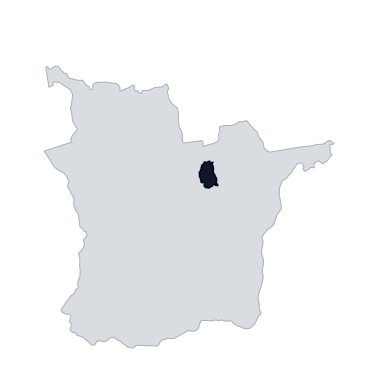 Ilebo, Kasaï-Occidental, Democratic Republic of the Congo (highlighted), rotated 171°
{"feature_id": "63176286B19501088760626", "entity_name": "Ilebo", "entity_type": "district", "adm_level": 2, "iso_a3": "COD", "parent_name": "Democratic Republic of the Congo", "parent_adm1": "Kasaï-Occidental", "projection": "mercator", "projection_center": [20.49, -5.056], "detail": "fine", "context": "in_parent", "style": "filled", "palette": "ink", "viewbox_px": 384, "rotation_deg": 171, "n_neighbors": 0, "source": "geoboundaries", "source_scale": "gbopen_adm2", "svg_char_len": 7672}
<svg xmlns="http://www.w3.org/2000/svg" viewBox="0 0 384 384"><g transform="rotate(171 192 192)"><path d="M331.7,255.5L303.0,260.1L303.6,261.7L303.3,263.4L302.5,264.8L299.6,268.4L295.3,271.7L295.3,272.5L297.4,276.2L298.8,281.2L298.5,290.1L299.1,292.5L299.0,294.4L297.5,296.5L294.6,307.3L296.5,312.5L302.2,317.4L305.6,321.0L311.2,322.3L312.1,322.1L312.5,319.1L316.9,317.9L316.9,337.3L316.6,338.3L315.8,338.6L314.7,338.0L314.3,336.1L313.2,335.3L307.7,337.7L306.3,337.7L304.8,337.2L303.7,336.3L303.4,334.8L299.5,329.2L297.6,328.8L295.5,323.7L286.8,320.0L283.5,319.7L281.8,318.6L280.1,314.6L277.2,312.0L276.6,309.2L276.0,308.8L274.3,309.4L272.8,313.9L270.8,314.9L267.3,315.0L258.4,313.7L252.1,311.4L250.5,311.6L247.9,309.5L246.9,306.0L247.5,303.4L247.0,303.0L237.4,305.2L235.0,306.6L232.9,306.2L232.2,305.5L233.1,303.7L232.7,301.7L232.0,300.8L229.1,300.1L228.2,297.9L226.5,297.6L225.9,297.9L225.5,299.4L224.4,299.9L218.7,299.2L212.7,301.0L204.7,300.5L200.9,302.8L200.3,302.7L199.5,301.6L198.7,297.9L199.1,296.9L200.3,296.2L200.7,294.8L200.3,291.0L200.7,290.1L200.2,287.9L199.0,284.5L197.4,281.7L193.7,277.5L193.1,275.5L193.3,270.8L194.5,263.3L194.4,257.8L192.9,254.2L192.6,250.3L193.5,243.4L192.6,241.7L174.4,241.1L173.6,240.6L173.3,239.7L174.1,235.5L163.0,236.6L159.7,237.4L157.6,239.1L156.9,241.2L156.9,244.2L155.2,247.0L154.7,251.9L151.6,252.5L148.6,252.5L142.6,251.4L136.9,252.8L134.1,254.1L132.6,253.5L127.4,254.0L126.7,253.6L120.8,244.0L118.2,240.8L117.7,239.3L117.9,237.8L117.2,235.8L114.4,230.8L113.9,228.5L114.0,225.0L113.7,223.7L111.2,220.7L109.6,219.6L107.8,219.1L78.0,219.5L68.2,218.9L61.0,219.3L57.4,219.1L56.4,218.6L53.1,219.3L51.4,220.6L48.8,221.3L47.2,221.0L44.2,217.4L48.4,216.8L48.7,216.4L48.9,207.9L47.8,206.7L50.1,205.3L53.7,201.5L57.2,200.2L57.7,199.4L58.5,199.4L59.8,201.0L62.8,203.1L66.6,201.3L67.0,200.8L67.5,197.1L68.4,196.8L70.0,197.6L70.9,197.6L72.6,196.5L77.4,194.7L78.8,197.0L77.5,199.1L78.1,200.6L78.2,203.0L79.0,203.5L82.8,203.8L84.0,203.2L91.5,194.8L93.5,193.8L96.7,190.5L100.9,189.0L102.7,186.4L105.2,181.7L106.3,175.0L105.9,163.3L106.2,161.7L111.3,156.5L116.5,147.0L120.1,144.4L122.7,143.4L126.8,140.0L130.1,136.5L129.6,132.2L130.4,128.7L132.2,124.3L132.8,119.6L132.1,114.6L132.4,110.6L134.8,104.1L135.0,96.7L137.2,90.5L141.5,82.5L143.6,76.6L143.2,70.8L143.8,66.5L143.5,64.0L142.7,61.8L143.1,60.4L144.8,59.9L146.8,57.7L150.5,52.0L154.5,49.2L157.2,48.3L160.1,48.4L161.9,48.9L165.0,51.1L168.5,52.9L171.1,55.2L173.6,58.6L179.8,59.4L182.4,60.7L184.0,61.1L184.6,60.8L185.9,61.0L188.8,62.0L191.1,61.5L202.5,63.7L203.8,62.6L207.0,56.6L209.4,54.6L213.3,54.4L216.3,55.5L218.0,55.5L232.0,50.4L233.8,50.1L238.9,51.4L242.2,50.5L243.5,50.8L246.4,49.9L248.7,46.3L250.7,45.4L270.8,49.3L273.9,47.4L275.3,47.2L279.8,48.6L281.2,50.8L283.8,52.7L285.8,55.8L288.8,57.6L290.3,59.2L292.0,60.4L295.7,60.8L300.3,58.0L303.6,58.3L306.9,59.8L308.1,59.7L310.5,58.1L311.9,56.3L313.1,55.9L315.1,56.7L316.7,58.3L318.1,60.7L323.1,66.1L328.0,68.4L329.2,71.7L330.9,71.4L331.8,71.7L333.1,73.7L334.0,74.2L334.1,75.0L332.9,77.0L331.8,80.7L333.3,83.0L332.0,86.4L331.4,89.8L333.0,90.7L335.0,90.6L336.9,92.4L338.3,92.7L339.8,94.6L339.5,96.2L334.7,101.8L327.5,108.7L325.1,109.5L323.8,110.8L322.9,112.8L320.8,114.5L319.2,115.2L319.1,120.2L316.6,125.4L315.7,126.4L314.4,134.8L314.6,136.2L313.3,143.1L313.5,149.5L310.0,151.5L307.6,154.6L306.6,156.8L306.6,162.0L302.7,165.2L302.4,165.9L303.4,169.6L304.8,170.1L304.8,171.4L308.1,175.3L307.9,187.5L308.0,188.7L309.7,191.5L310.8,197.0L309.6,204.0L314.0,216.9L312.0,221.6L313.0,226.1L315.6,230.8L321.7,235.5L323.4,237.4L324.9,240.0L326.4,244.0L331.7,255.5Z" fill="#d9dde1" stroke="#a8b0b8" stroke-width="1"/><path d="M166.9,217.9L167.4,218.0L167.5,218.1L168.6,218.1L168.8,218.2L169.8,219.1L169.8,219.5L170.0,219.5L170.4,219.7L170.9,219.7L171.1,219.6L171.4,219.4L172.2,219.0L172.5,219.0L173.0,218.8L173.3,218.7L173.4,218.9L173.5,218.9L173.6,219.0L174.0,219.2L174.1,219.3L174.4,219.4L174.6,219.6L174.8,219.5L174.7,219.5L174.7,219.4L175.0,219.4L174.9,219.1L175.0,219.0L175.3,219.1L175.4,218.8L175.5,218.8L175.7,218.7L175.9,218.5L176.0,218.1L176.2,217.9L176.5,217.8L176.7,217.4L176.8,217.3L177.0,217.5L177.3,217.4L177.5,217.4L177.9,217.0L177.9,216.7L178.3,216.3L178.4,216.2L178.4,215.8L178.4,215.7L178.2,215.3L178.3,215.0L178.5,214.9L178.8,214.9L179.0,214.9L179.2,214.6L179.2,214.4L179.1,214.1L179.1,213.9L179.0,213.7L179.2,213.4L179.4,213.2L179.5,213.2L179.7,212.9L179.9,212.8L180.2,212.6L180.2,212.0L180.2,211.9L180.2,211.7L180.3,211.6L180.4,211.3L180.6,211.1L180.9,211.0L181.0,210.9L181.2,210.6L181.5,210.5L181.5,210.4L181.8,210.2L181.8,209.7L181.7,209.4L181.6,209.2L181.7,208.9L181.8,208.6L181.8,208.4L181.8,208.1L182.0,207.8L182.0,207.5L181.9,207.4L181.9,207.2L182.0,206.6L182.1,206.4L182.2,205.9L182.0,205.5L181.8,205.4L181.7,205.3L181.7,205.1L181.6,204.8L181.6,204.5L181.4,204.3L181.5,203.9L181.6,203.6L181.6,203.3L181.5,203.1L181.5,202.9L181.4,202.7L181.4,202.3L181.3,202.1L181.3,201.9L181.2,201.6L181.3,201.4L181.5,200.9L181.6,200.7L181.4,200.4L181.4,200.2L181.2,200.0L181.2,199.9L180.9,199.7L180.7,199.7L180.3,199.7L180.1,199.7L179.9,199.6L179.7,199.6L179.4,199.7L179.1,199.4L178.8,199.3L178.8,199.2L178.7,199.2L178.6,199.3L178.4,199.2L178.2,199.0L178.1,198.9L177.8,198.8L177.6,198.7L177.8,198.0L177.8,197.9L178.0,197.7L178.3,197.5L178.4,197.4L178.9,197.1L179.0,197.0L179.0,196.1L179.0,195.9L178.7,195.4L178.6,195.2L178.4,195.0L178.3,194.9L178.2,194.9L177.9,194.9L177.9,194.6L177.9,194.4L177.7,194.4L177.5,194.5L177.4,194.5L177.2,194.5L177.2,194.4L177.0,194.5L176.8,194.4L176.7,194.4L176.5,194.5L176.4,194.5L176.2,194.5L176.1,194.4L176.1,193.8L176.1,193.7L175.3,193.7L175.1,193.4L174.7,193.3L174.3,193.5L174.1,193.5L173.3,193.9L172.8,194.1L172.5,194.2L172.4,194.3L172.3,194.6L172.2,194.6L171.9,194.5L171.6,194.5L171.4,194.5L171.2,194.6L170.9,194.7L170.8,194.9L170.7,195.2L170.6,195.3L170.6,195.5L170.7,195.8L170.5,196.0L170.4,196.2L170.2,196.2L169.7,196.0L169.3,196.1L169.1,196.2L168.9,196.1L168.6,196.0L168.5,195.8L168.6,195.7L168.3,195.3L168.1,195.2L167.8,195.4L167.7,195.3L167.5,195.0L167.4,195.0L167.4,194.9L167.2,194.9L167.1,194.7L166.9,194.6L166.6,194.6L166.4,194.5L166.1,194.6L165.8,194.6L165.5,194.5L165.5,194.8L165.6,195.2L165.6,195.4L165.6,195.5L165.8,195.7L165.9,195.8L166.0,195.9L166.0,196.0L166.1,196.3L166.3,196.6L166.4,196.8L166.4,197.1L166.3,197.3L166.5,197.4L166.6,197.5L166.9,197.7L166.9,197.8L166.7,197.9L166.7,198.1L166.5,198.3L166.4,198.5L166.2,198.8L166.0,199.1L165.9,199.3L165.8,199.7L166.0,199.9L165.9,200.1L166.0,200.3L166.0,200.6L165.8,200.7L165.8,200.8L165.9,201.2L165.9,201.3L165.7,201.5L165.9,201.7L165.8,201.8L165.8,202.2L166.0,202.3L166.2,202.7L166.3,202.8L166.4,203.2L166.4,203.3L166.5,203.6L166.5,203.9L166.6,204.1L166.7,204.5L166.7,205.0L166.8,205.1L167.0,205.2L167.0,205.3L167.2,205.6L167.1,205.9L167.1,206.2L167.2,206.3L167.3,206.4L167.5,206.5L167.6,206.9L167.7,207.0L167.8,207.1L167.7,207.3L167.7,207.5L167.8,207.6L168.0,208.0L167.9,208.3L168.0,208.5L167.9,208.6L168.0,208.8L168.0,209.0L167.9,209.3L167.9,209.5L168.1,209.7L168.1,209.8L167.8,210.1L167.7,210.1L167.8,210.5L167.7,210.6L167.8,210.8L167.7,210.7L167.4,210.8L167.3,211.0L167.2,211.1L167.3,211.5L167.2,211.6L167.2,211.8L167.1,212.0L167.3,212.2L167.5,212.0L167.3,212.2L167.2,212.2L167.2,212.3L167.3,212.5L167.2,212.8L167.3,213.0L167.5,213.1L167.3,213.1L167.3,213.3L167.4,213.5L167.2,213.6L167.2,213.9L167.3,213.9L167.4,214.0L167.3,214.4L167.3,214.5L167.5,214.6L167.6,214.8L167.5,215.0L167.8,215.1L167.9,215.3L167.8,215.6L167.8,215.8L167.7,215.9L167.8,216.0L167.8,216.4L167.7,216.4L167.6,216.5L167.6,216.8L167.6,217.1L167.4,217.2L167.4,217.3L167.3,217.5L167.1,217.7L166.9,217.9Z" fill="#0f172a" stroke="#020617" stroke-width="1.5"/></g></svg>